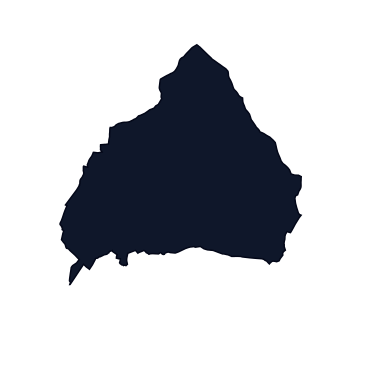 Diosig, Bihor, Romania (Equal Earth projection), rotated 115°
{"feature_id": "2599482B5279611201513", "entity_name": "Diosig", "entity_type": "district", "adm_level": 2, "iso_a3": "ROU", "parent_name": "Romania", "parent_adm1": "Bihor", "projection": "equal_earth", "projection_center": [21.983, 47.326], "detail": "fine", "context": "isolated", "style": "filled", "palette": "ink", "viewbox_px": 384, "rotation_deg": 115, "n_neighbors": 0, "source": "geoboundaries", "source_scale": "gbopen_adm2", "svg_char_len": 5938}
<svg xmlns="http://www.w3.org/2000/svg" viewBox="0 0 384 384"><g transform="rotate(115 192 192)"><path d="M312.8,269.1L313.5,268.9L314.1,268.7L315.8,268.2L316.6,268.0L322.1,266.3L323.5,265.8L324.3,265.5L325.0,264.5L325.4,263.9L325.6,263.7L325.9,263.7L326.9,263.8L327.5,263.7L327.3,263.4L319.6,262.2L311.6,261.0L303.3,259.7L304.6,256.1L305.1,253.4L305.4,252.3L300.1,251.5L294.1,251.2L293.0,251.4L291.8,249.6L291.3,249.4L290.7,248.9L290.4,248.8L289.8,248.8L289.7,248.7L289.5,248.3L289.5,248.0L289.4,247.7L288.6,247.1L287.9,246.6L287.7,246.3L286.5,245.5L285.9,244.9L284.8,243.4L284.1,242.7L283.7,242.5L282.9,242.2L282.6,242.0L282.2,241.7L281.9,241.9L281.5,241.7L280.7,241.5L280.3,241.2L278.8,239.5L279.2,239.3L279.4,239.0L279.6,238.2L280.0,235.9L280.5,233.2L281.5,233.3L282.5,233.1L283.9,232.6L283.8,232.1L283.5,230.2L283.0,229.3L282.8,228.8L284.6,228.1L285.1,228.0L286.2,227.8L286.8,227.7L287.0,227.3L287.3,226.8L287.4,226.5L287.4,226.2L287.5,225.6L287.7,225.1L287.7,224.7L287.4,223.7L287.5,223.3L287.6,223.0L287.6,222.9L286.9,222.6L286.6,220.7L284.8,220.0L282.0,222.1L280.3,222.9L278.6,223.4L274.7,224.3L269.8,219.6L268.8,218.5L270.3,215.2L269.5,214.8L267.1,212.5L265.3,210.9L265.4,209.8L265.9,208.5L266.3,207.9L266.3,206.5L266.3,205.6L266.6,205.1L266.6,204.7L265.6,203.7L265.3,203.2L264.4,201.5L263.4,199.0L262.2,196.1L260.5,195.2L260.3,195.0L260.2,194.5L260.8,192.8L260.8,192.0L260.6,191.3L260.1,190.7L258.9,190.6L258.5,190.4L256.7,188.6L256.4,188.1L256.1,186.1L254.5,181.7L254.3,181.3L251.9,178.9L245.9,174.0L243.9,171.9L242.7,170.5L240.5,166.9L240.7,166.1L240.5,165.5L237.8,161.4L238.4,157.2L237.9,153.6L236.0,148.2L235.2,138.1L234.6,136.8L234.1,134.4L233.7,132.8L233.6,131.1L233.6,128.8L231.1,123.7L229.8,120.6L229.6,119.1L227.1,111.6L224.8,105.3L222.9,100.3L222.7,98.3L223.1,96.8L223.0,95.5L223.0,95.2L223.9,93.1L224.5,91.5L223.6,91.3L222.5,90.8L221.8,90.6L221.0,90.1L220.4,89.4L219.8,87.6L219.4,85.8L217.6,84.0L215.0,83.9L210.9,83.0L208.8,84.1L207.1,83.7L205.3,82.8L202.6,85.3L200.5,86.3L199.9,86.8L199.4,87.0L197.7,87.5L195.6,87.9L192.7,89.1L190.7,89.4L189.6,89.3L187.6,89.1L187.5,87.2L187.2,85.6L184.5,85.3L181.5,85.1L177.6,84.9L173.3,84.4L169.9,84.0L166.9,83.3L167.0,85.0L166.2,86.6L164.8,87.9L163.6,89.0L162.0,90.5L159.1,92.9L158.5,93.4L155.2,95.5L153.9,96.3L153.3,96.3L151.4,96.4L150.8,95.9L150.0,95.1L146.2,95.5L144.0,95.2L142.2,95.2L140.8,95.6L139.9,96.0L139.1,96.4L137.3,97.3L134.8,98.3L133.3,99.0L132.4,99.3L131.9,99.5L131.8,102.6L133.3,106.0L133.8,109.8L132.1,111.6L130.9,112.8L129.7,115.0L128.9,117.1L128.2,119.5L128.1,120.1L127.8,121.6L126.3,124.3L124.0,126.6L122.5,128.3L120.9,130.1L119.4,131.6L117.0,133.6L114.5,135.5L112.0,137.5L110.7,140.5L110.6,140.9L109.4,144.7L109.2,148.0L108.7,151.6L108.7,153.4L108.8,155.8L107.7,157.2L106.7,159.3L106.2,161.0L105.0,162.7L103.4,165.4L102.1,167.6L101.7,168.5L100.5,169.8L99.5,170.6L97.2,172.8L95.7,175.5L94.9,177.4L94.6,178.1L93.7,179.2L91.8,181.0L90.4,182.6L89.6,183.4L88.4,184.3L85.4,185.9L85.4,188.2L85.0,189.8L84.5,190.9L83.5,192.1L82.3,194.3L81.8,195.7L81.2,197.3L80.0,198.7L78.4,200.2L76.7,201.8L75.3,203.4L74.3,204.6L72.9,206.6L71.5,207.9L69.0,209.3L67.4,210.4L66.1,213.3L65.8,214.8L65.5,216.8L65.0,219.3L64.7,220.7L64.4,222.7L63.6,226.8L63.1,229.9L62.5,231.2L61.7,233.6L61.2,235.2L59.8,239.2L58.4,243.2L57.3,246.3L57.3,246.9L56.8,248.4L56.9,248.9L56.5,249.8L57.2,250.3L60.8,252.7L61.9,253.2L64.1,253.9L67.3,255.0L68.7,255.5L71.2,256.2L72.6,256.5L72.9,256.6L73.2,256.8L73.6,257.1L74.9,258.1L75.2,258.2L76.3,258.7L77.1,258.8L77.9,258.9L79.2,258.7L80.9,258.4L82.8,258.0L83.2,258.0L84.4,258.0L87.2,258.2L89.3,258.6L90.3,258.9L91.0,259.3L91.9,259.8L92.8,260.5L93.7,261.4L95.3,262.5L97.1,264.0L99.3,265.6L101.4,267.1L102.4,267.8L102.8,268.1L103.2,268.2L103.8,268.2L105.0,267.8L108.4,266.7L110.8,265.9L111.7,265.5L113.1,264.3L114.5,262.4L115.1,261.7L115.7,261.3L117.2,260.8L118.5,260.3L119.0,260.1L119.4,259.7L119.9,259.2L120.2,258.9L123.5,259.2L126.9,259.5L129.4,261.3L131.9,261.8L133.4,263.1L135.3,265.0L137.7,266.3L140.5,267.9L142.3,269.4L144.4,271.2L145.6,272.6L147.5,273.2L148.8,273.7L149.6,274.2L150.3,275.0L151.3,275.7L151.8,276.0L152.6,276.6L153.4,277.3L154.7,278.3L155.3,279.1L155.7,279.7L156.3,280.5L157.5,283.0L158.4,284.4L160.1,286.4L161.0,287.5L163.2,289.1L165.5,289.9L167.2,291.6L167.5,291.9L168.1,293.4L168.7,293.3L169.2,293.2L169.7,293.0L172.3,291.9L174.3,291.2L176.4,290.2L176.8,290.0L178.6,289.6L179.5,289.4L181.0,288.9L181.4,288.8L183.7,288.0L184.4,288.9L185.6,290.8L185.9,291.5L186.6,292.7L187.8,294.8L188.4,294.6L188.8,294.4L189.4,294.2L190.8,293.4L192.3,292.8L193.8,290.4L193.9,290.5L194.2,291.1L194.6,291.6L194.9,291.9L195.5,292.7L196.0,293.4L196.4,294.2L197.6,297.9L197.7,298.1L197.8,298.2L199.4,298.0L200.0,298.0L200.6,298.0L201.5,298.0L202.0,298.0L202.5,298.1L202.8,298.1L203.4,298.3L204.1,298.4L205.2,298.6L205.4,298.6L206.0,298.7L206.8,298.7L207.6,298.7L207.9,298.6L208.2,298.6L209.4,298.5L210.7,298.4L211.4,298.4L211.7,298.3L212.2,297.9L212.8,297.6L213.6,297.0L213.8,297.6L214.3,301.1L214.6,301.2L215.5,300.9L216.8,300.3L217.3,300.0L218.0,299.8L218.3,299.7L219.7,298.7L219.8,298.6L220.0,298.4L220.5,298.1L221.2,297.9L221.9,297.8L222.2,297.7L223.6,297.8L224.3,297.8L225.1,297.8L225.9,298.0L226.7,298.2L227.7,298.4L229.0,298.3L229.5,298.1L230.4,297.8L231.5,297.2L233.4,297.1L233.4,296.8L238.8,297.4L257.2,301.2L257.3,299.5L260.1,299.4L262.4,299.3L264.8,299.1L267.4,298.8L269.9,298.5L273.5,298.2L275.0,298.3L275.7,298.3L276.5,298.2L277.1,297.9L277.4,297.5L277.9,296.0L278.0,295.6L278.3,295.8L278.5,295.5L278.7,295.4L278.9,294.8L279.3,294.6L279.9,294.0L280.7,293.9L281.0,293.7L281.2,291.9L284.1,291.5L290.4,290.1L291.4,288.1L292.0,287.1L292.3,286.2L292.6,285.7L293.2,284.6L294.2,283.9L295.7,282.5L296.0,281.8L295.7,280.4L295.8,279.6L296.5,278.2L297.3,275.7L297.6,274.7L298.1,273.1L298.7,271.2L300.0,268.0L300.8,265.7L305.1,266.6L309.2,269.1L311.1,269.5L311.6,269.5L311.9,269.4L312.8,269.1Z" fill="#0f172a" stroke="#020617" stroke-width="1.5"/></g></svg>